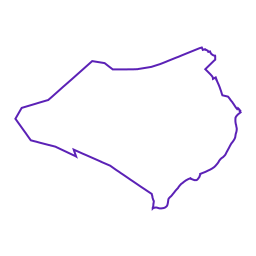 Peel en Maas, Limburg, Netherlands
{"feature_id": "6326949B67836908957420", "entity_name": "Peel en Maas", "entity_type": "district", "adm_level": 2, "iso_a3": "NLD", "parent_name": "Netherlands", "parent_adm1": "Limburg", "projection": "orthographic", "projection_center": [6.017, 51.331], "detail": "fine", "context": "isolated", "style": "outline", "palette": "violet", "viewbox_px": 256, "rotation_deg": 0, "n_neighbors": 0, "source": "geoboundaries", "source_scale": "gbopen_adm2", "svg_char_len": 5044}
<svg xmlns="http://www.w3.org/2000/svg" viewBox="0 0 256 256"><path d="M21.7,107.9L20.4,110.1L15.4,118.8L16.1,119.7L16.3,120.0L18.5,123.1L19.8,124.9L19.9,125.0L20.0,125.2L20.3,125.6L22.8,129.1L25.1,132.3L26.0,133.5L26.3,134.0L29.0,137.8L30.8,140.3L31.9,140.6L32.0,140.6L33.8,141.1L36.3,141.7L39.5,142.6L40.6,142.9L42.2,143.3L48.8,145.0L49.8,145.2L50.1,145.3L50.5,145.4L50.7,145.5L51.0,145.5L51.5,145.7L52.1,145.8L55.5,146.7L57.1,147.5L57.5,147.7L57.8,147.8L60.7,149.2L62.0,149.8L67.3,152.3L68.1,152.7L71.3,154.2L75.6,156.2L76.1,156.5L75.2,153.9L73.9,150.3L73.7,149.6L82.8,153.7L86.1,155.1L101.1,161.7L101.1,161.8L110.2,165.7L116.1,169.9L119.3,172.0L120.8,173.1L122.2,174.0L125.3,176.1L128.8,178.5L131.1,180.1L132.5,181.0L141.0,186.8L145.7,189.9L145.8,190.0L151.7,193.9L151.7,194.0L152.0,195.1L152.2,195.9L152.3,196.0L152.4,196.4L152.4,196.7L152.4,197.0L152.5,197.6L152.6,197.9L152.7,198.3L152.8,198.5L153.1,199.5L153.3,200.0L153.5,200.5L153.7,200.8L153.8,201.0L153.8,201.3L153.8,201.6L153.7,202.0L153.7,202.4L153.7,202.6L153.6,202.9L153.6,203.1L153.6,203.3L153.4,203.7L153.4,203.9L153.4,204.2L153.4,204.5L153.3,205.1L153.3,205.4L153.3,206.0L153.3,206.3L153.2,206.5L153.0,206.9L152.9,207.3L152.8,207.5L152.7,207.8L152.7,208.0L152.7,208.5L152.9,208.3L153.3,208.1L153.9,207.9L154.7,207.7L155.1,207.6L155.5,207.5L156.3,207.5L156.5,207.5L156.9,207.6L157.5,207.8L158.2,208.0L158.5,208.1L158.8,208.2L159.7,208.4L159.9,208.4L160.2,208.4L160.7,208.4L161.3,208.4L162.5,208.2L162.9,208.2L163.7,208.0L164.4,207.8L164.6,207.7L165.1,207.5L166.4,206.5L166.5,206.4L166.7,206.2L167.1,205.6L167.4,204.9L167.6,204.1L167.8,203.2L168.0,202.0L168.3,199.9L168.4,199.2L168.9,198.3L169.5,197.7L170.1,197.0L171.0,196.3L171.8,195.4L172.8,194.1L173.4,193.4L174.2,192.4L174.6,191.9L175.1,191.2L176.2,189.9L176.5,189.6L177.5,188.5L177.8,188.3L178.6,187.0L178.8,186.7L179.2,186.2L180.2,185.0L180.8,184.4L181.2,183.9L182.7,182.9L183.3,182.3L184.5,181.4L186.2,180.2L187.2,179.7L188.1,179.2L188.3,179.1L190.5,178.2L190.9,178.9L191.1,179.0L191.3,178.9L191.8,179.1L192.0,179.2L192.2,179.3L192.5,179.4L193.2,179.7L193.5,179.8L193.9,179.9L194.3,180.1L194.6,180.1L194.8,180.1L195.1,180.1L195.5,180.1L196.1,180.1L196.4,180.1L196.7,180.0L197.0,179.8L197.2,179.7L197.6,179.3L198.0,178.8L198.2,178.6L198.5,178.1L198.7,177.9L198.8,177.8L198.9,177.6L199.0,177.5L199.4,176.7L199.5,176.7L199.6,176.4L199.6,176.2L199.7,175.9L199.8,175.8L199.8,175.7L199.9,175.4L199.9,175.2L200.0,175.0L200.1,174.9L200.3,174.6L200.2,173.9L205.4,171.9L207.6,170.8L208.2,170.5L210.0,169.7L210.7,169.3L211.8,168.7L213.3,167.7L214.3,167.0L215.6,165.7L216.7,164.4L217.0,164.1L218.0,162.8L218.5,162.1L218.7,161.6L219.3,160.6L219.7,160.1L220.2,159.5L220.6,159.0L221.6,158.1L223.1,157.1L224.2,156.0L224.7,155.5L225.4,154.6L226.0,153.4L226.4,152.6L226.7,152.0L227.0,151.4L227.3,151.0L227.4,150.7L227.8,150.0L228.1,149.4L228.4,148.9L229.1,147.6L229.9,146.0L230.3,145.3L230.9,144.2L231.4,143.4L231.5,143.2L232.0,142.7L232.6,141.9L233.4,140.8L233.9,140.0L234.6,138.8L235.2,137.3L235.7,134.1L236.2,132.4L236.3,132.2L236.6,130.7L236.7,129.8L236.7,129.5L236.7,129.2L236.8,129.0L236.6,127.7L236.3,126.4L236.1,125.0L235.8,124.1L235.7,123.6L235.7,123.4L235.5,122.4L235.5,122.1L235.4,121.3L235.4,121.0L235.4,120.7L235.4,119.6L235.4,118.8L235.4,118.7L235.5,118.3L235.5,117.9L235.5,117.7L235.9,116.9L236.0,116.8L236.2,116.4L237.2,115.2L238.2,114.2L239.5,113.2L240.6,112.3L239.7,111.1L240.2,110.7L239.4,109.8L238.9,109.3L239.0,109.2L238.0,108.2L237.9,108.4L237.2,109.1L236.2,107.9L235.8,107.4L234.4,105.3L233.5,103.9L232.9,103.1L232.3,102.1L231.5,101.2L231.1,100.7L230.8,100.3L230.7,100.2L230.4,99.8L230.1,99.3L229.8,98.9L228.9,97.7L228.1,96.7L227.1,96.4L224.1,95.7L222.4,95.3L221.7,93.4L221.5,92.6L221.3,92.0L220.9,90.7L220.4,89.4L220.1,88.4L220.0,88.2L219.9,87.9L219.8,87.6L219.7,87.3L218.7,84.8L217.7,82.6L217.0,81.0L216.9,80.8L216.7,80.4L216.4,79.9L216.6,79.8L216.4,79.3L215.7,77.4L213.0,78.9L212.8,77.4L212.0,76.1L210.4,74.3L205.3,69.2L214.0,60.7L215.2,59.7L215.2,56.6L215.2,56.2L215.1,55.7L214.8,55.7L214.5,55.7L214.4,55.7L214.0,55.5L213.3,55.3L213.0,55.1L212.7,55.0L212.4,54.8L212.2,54.6L211.9,54.4L211.6,54.1L211.4,54.0L211.4,53.9L211.2,53.7L211.0,53.4L210.8,53.2L210.7,53.0L210.5,52.7L210.4,52.6L210.4,52.4L210.3,52.2L210.2,52.0L210.1,51.9L210.1,51.6L210.0,51.4L209.7,51.5L208.3,51.9L207.8,50.8L207.7,50.8L207.6,50.7L207.4,50.6L207.1,50.4L206.8,50.2L206.7,50.1L206.4,50.0L206.3,49.9L206.2,49.9L205.9,49.9L205.7,49.9L205.4,49.9L205.0,49.2L203.8,49.5L203.4,49.7L202.8,49.9L202.6,49.4L202.4,48.9L202.2,48.4L202.0,47.9L201.8,47.5L199.5,48.2L182.2,55.2L178.2,56.9L176.5,57.5L167.3,61.2L166.4,61.6L162.4,63.2L159.8,64.2L158.8,64.5L151.3,66.9L150.6,67.0L150.1,67.1L139.6,68.8L138.8,68.9L137.9,69.1L137.4,69.2L136.9,69.2L133.8,69.3L133.5,69.3L132.7,69.3L124.9,69.4L112.7,69.4L112.5,69.2L108.7,66.3L105.4,63.7L104.6,63.1L92.2,61.1L72.3,78.8L64.2,85.9L63.7,86.3L60.8,88.9L51.5,97.2L49.5,98.9L49.4,99.0L48.9,99.4L48.3,100.0L46.5,100.5L39.7,102.5L37.7,103.1L36.1,103.6L21.7,107.9Z" fill="none" stroke="#5b21b6" stroke-width="2"/></svg>